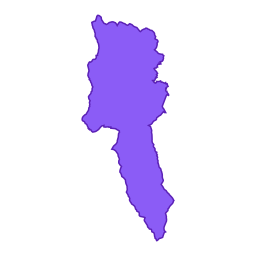 Pangarati, Neamt, Romania
{"feature_id": "2599482B60779670494049", "entity_name": "Pangarati", "entity_type": "district", "adm_level": 2, "iso_a3": "ROU", "parent_name": "Romania", "parent_adm1": "Neamt", "projection": "albers", "projection_center": [26.201, 46.911], "detail": "fine", "context": "isolated", "style": "filled", "palette": "violet", "viewbox_px": 256, "rotation_deg": 0, "n_neighbors": 0, "source": "geoboundaries", "source_scale": "gbopen_adm2", "svg_char_len": 5747}
<svg xmlns="http://www.w3.org/2000/svg" viewBox="0 0 256 256"><path d="M173.9,200.6L172.6,198.2L171.6,197.0L169.3,194.6L168.9,193.8L167.4,192.6L166.1,190.6L164.7,189.7L164.0,189.0L162.9,186.8L161.2,184.5L161.3,184.1L162.6,182.1L163.1,181.1L163.3,180.2L162.7,178.8L162.3,177.2L162.3,175.0L162.0,173.1L161.6,172.1L161.6,171.6L161.0,170.4L160.9,169.2L160.6,168.7L159.0,166.9L158.9,165.9L158.2,163.2L157.8,162.9L158.0,162.6L157.9,162.1L158.0,160.5L157.6,159.9L157.3,158.7L157.4,158.3L157.6,157.6L157.4,156.6L156.7,155.8L157.3,154.9L156.9,154.5L156.4,153.1L156.6,152.7L156.8,152.6L156.8,152.3L156.7,152.1L156.2,152.1L155.8,151.9L154.9,150.4L154.8,149.9L155.1,149.1L155.0,148.8L154.3,147.7L153.8,147.3L153.4,146.5L153.4,145.8L153.8,144.6L152.5,143.0L152.0,141.1L152.1,139.8L152.0,136.4L151.9,134.4L151.5,132.5L151.7,130.4L151.5,129.7L150.5,126.6L148.6,125.4L150.1,124.8L151.4,124.1L152.1,123.4L152.6,122.4L153.6,121.3L154.2,120.8L155.9,120.0L156.4,119.4L156.6,118.2L156.9,117.5L157.9,116.9L159.1,115.9L160.6,115.1L163.4,111.7L164.6,112.6L165.7,112.6L163.6,108.7L163.1,108.2L162.5,107.1L162.3,106.2L166.5,95.1L167.0,94.8L168.5,95.4L168.7,95.1L168.4,94.2L167.2,92.6L167.0,92.2L166.9,91.3L166.1,91.1L165.8,90.8L165.6,90.0L165.8,89.3L166.4,88.8L166.3,88.5L165.8,88.4L165.9,88.0L166.6,87.3L168.1,86.4L167.4,85.1L167.4,84.5L167.2,83.8L166.9,83.6L166.3,83.9L165.9,83.8L165.6,82.6L165.0,83.0L164.6,83.2L162.8,82.4L162.4,82.1L161.3,82.2L161.0,81.9L160.9,81.2L160.4,80.9L159.8,81.3L157.6,81.6L156.9,81.3L156.7,81.7L156.2,82.4L156.2,82.6L155.4,83.1L154.1,82.5L153.8,81.8L152.7,80.5L153.4,80.4L154.6,80.6L155.2,79.2L155.3,78.2L155.7,77.9L156.1,78.0L157.0,77.3L156.3,76.7L156.9,76.0L157.2,75.3L156.5,74.7L157.6,73.3L156.9,72.6L156.8,72.0L156.3,71.4L154.8,69.8L154.2,68.9L154.1,68.5L155.0,68.1L156.2,68.0L156.4,67.8L156.5,67.3L157.6,67.0L157.4,66.5L157.3,65.6L157.6,65.1L157.7,64.5L158.8,64.3L159.2,63.9L159.1,63.6L159.5,63.8L160.0,63.5L160.1,63.8L160.4,63.5L160.5,63.6L160.4,64.0L160.9,63.9L160.8,63.7L160.6,63.6L160.5,62.9L160.4,62.8L160.7,62.2L160.1,62.2L159.9,62.0L160.6,61.6L160.9,61.8L161.4,61.6L162.2,61.2L162.4,60.9L162.5,60.9L162.9,60.4L162.7,60.1L163.1,59.7L163.5,58.4L163.3,57.5L163.8,55.6L162.8,55.0L162.6,54.3L161.1,54.2L158.9,53.7L157.8,52.9L157.2,52.0L155.5,50.6L154.5,49.8L155.7,48.6L156.5,47.3L157.1,45.1L157.2,44.0L157.0,43.0L157.5,42.6L158.0,41.7L157.7,40.5L156.8,39.6L156.2,39.5L155.0,38.8L155.0,38.5L155.7,36.5L155.0,35.7L154.6,34.6L154.5,33.3L153.7,32.1L151.8,30.4L151.1,30.4L150.2,30.2L149.1,29.4L147.9,29.0L147.0,28.3L145.9,28.1L144.6,29.0L143.8,29.1L141.8,30.2L140.5,31.6L139.8,31.3L136.9,27.6L134.2,26.6L133.1,25.8L131.9,24.6L130.5,24.1L129.9,23.7L129.5,23.8L128.3,24.9L127.5,25.3L125.9,24.6L124.9,23.7L123.4,23.3L122.6,22.8L121.0,22.1L119.7,22.0L119.4,22.2L118.5,23.3L117.2,25.5L116.7,24.5L115.5,22.8L113.2,21.9L112.1,21.8L109.1,22.6L107.7,23.8L106.2,24.5L105.4,23.8L104.0,23.4L103.3,22.2L102.9,21.9L102.5,21.0L101.8,20.2L101.3,18.5L101.2,17.4L100.6,16.6L98.7,15.4L97.5,15.4L96.8,16.5L96.3,18.5L95.4,21.0L94.0,21.3L92.6,22.0L91.8,22.4L91.8,22.7L92.1,23.9L92.3,25.4L92.7,26.3L93.0,28.0L94.2,29.9L94.6,31.8L95.2,33.2L95.1,36.6L95.7,37.1L96.4,39.0L97.1,39.4L97.5,41.9L98.5,43.7L98.5,44.4L98.7,44.7L99.0,48.0L98.5,49.9L98.3,52.2L97.4,54.4L97.5,55.4L96.1,55.5L96.3,57.7L95.7,58.7L95.0,59.3L93.2,59.4L92.9,59.6L92.4,60.2L91.9,61.2L90.5,62.2L89.8,61.9L89.5,62.0L89.1,62.4L89.0,62.8L88.8,63.0L88.5,63.3L88.5,64.1L87.9,64.7L87.8,65.6L88.5,68.4L89.0,70.9L88.2,73.3L87.9,75.4L88.7,77.5L89.6,78.7L89.2,79.6L90.4,80.6L90.6,81.8L91.6,83.6L91.9,85.3L92.8,86.9L92.6,87.2L92.6,87.5L92.1,88.6L92.1,90.9L91.2,91.7L91.0,93.1L90.7,93.7L89.2,95.5L88.5,96.7L88.8,98.5L89.1,99.1L89.1,99.3L90.1,100.7L89.4,102.3L89.6,103.6L89.8,104.4L89.5,105.6L89.7,106.5L88.9,107.7L88.5,110.2L86.6,113.3L86.2,114.2L84.8,114.9L84.2,115.5L83.3,116.3L82.5,117.5L82.1,119.1L82.3,120.3L82.8,120.9L84.3,121.6L84.8,122.3L85.2,123.5L85.9,123.8L86.8,124.5L87.7,126.7L88.3,127.7L88.1,128.3L88.6,128.9L89.4,128.8L89.7,129.2L89.3,129.5L89.8,129.9L90.3,129.7L91.0,130.0L91.5,131.1L92.7,132.1L95.2,131.6L96.3,131.1L98.6,129.5L100.4,127.3L101.6,126.1L102.2,125.8L103.1,125.7L103.9,125.4L103.9,126.9L105.1,127.1L108.4,126.8L109.0,127.3L109.8,127.1L110.9,127.1L110.8,128.2L115.7,128.7L115.9,129.0L119.3,130.9L119.3,131.8L119.5,132.1L118.6,133.5L118.4,135.1L118.3,137.1L117.3,140.5L117.2,142.2L116.0,144.0L114.0,145.7L113.4,146.4L111.8,149.2L113.6,149.5L115.6,150.8L117.8,153.9L118.0,154.5L118.2,156.2L119.1,158.1L119.4,159.3L119.2,160.0L118.8,160.9L118.8,163.0L120.0,164.9L121.5,166.5L120.8,167.9L120.1,170.1L119.9,171.2L120.0,172.3L120.7,173.0L121.4,174.7L121.8,176.5L123.7,177.8L124.5,178.9L125.3,179.5L125.6,181.8L126.0,183.7L126.6,185.0L127.1,186.4L127.1,188.0L127.3,189.2L126.9,191.0L126.5,191.7L126.4,192.2L128.1,195.0L128.3,196.2L129.3,197.3L129.8,198.8L129.5,199.7L129.5,200.0L130.2,201.6L131.2,202.9L131.3,203.4L131.8,204.1L132.7,204.6L134.5,206.1L135.0,207.0L135.6,209.1L136.4,209.7L136.7,210.8L136.9,211.2L137.6,211.6L138.7,212.0L138.9,212.2L139.3,213.6L139.2,215.2L139.5,215.8L140.3,216.4L143.7,217.1L145.0,217.6L145.0,217.8L144.3,219.8L144.3,220.3L144.4,220.8L147.0,224.9L147.4,225.3L147.6,226.8L147.8,227.1L148.9,228.2L149.3,228.9L149.7,229.1L150.9,229.2L151.4,229.5L151.9,231.8L153.5,232.5L153.9,232.9L154.3,234.0L154.6,236.3L155.0,237.5L155.1,238.3L156.0,238.9L156.6,240.6L157.3,240.5L159.4,238.4L160.6,238.2L162.6,237.4L164.1,232.9L164.7,232.3L165.6,231.9L164.6,230.9L164.2,230.2L163.9,228.1L164.1,227.1L164.6,225.6L166.5,221.0L166.5,219.8L166.6,219.1L166.3,218.1L166.4,216.6L165.9,214.6L165.5,213.3L165.8,212.8L167.9,210.6L168.0,208.9L168.9,208.0L169.4,206.9L170.3,205.7L172.5,203.5L173.2,202.1L173.4,201.1L173.9,200.6Z" fill="#8b5cf6" stroke="#5b21b6" stroke-width="1.5"/></svg>